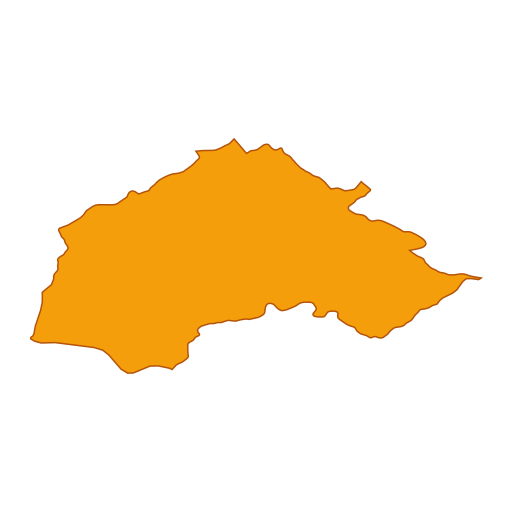 Jablanicki, Robinson projection
{"feature_id": "SRB-843", "entity_name": "Jablanicki", "entity_type": "District", "adm_level": 1, "iso_a3": "SRB", "parent_name": "Republic of Serbia", "parent_adm1": "", "projection": "robinson", "projection_center": [22.002, 42.918], "detail": "fine", "context": "isolated", "style": "filled", "palette": "amber", "viewbox_px": 512, "rotation_deg": 0, "n_neighbors": 0, "source": "natural_earth", "source_scale": "10m", "svg_char_len": 6062}
<svg xmlns="http://www.w3.org/2000/svg" viewBox="0 0 512 512"><path d="M481.3,278.0L481.2,278.1L478.5,279.6L471.6,278.6L466.3,278.7L462.9,281.4L456.8,289.9L452.8,293.0L443.0,297.8L439.6,300.6L437.2,304.0L432.9,305.4L432.0,305.8L429.8,307.2L428.1,308.0L425.4,308.8L421.1,309.4L420.4,309.6L419.6,310.2L418.0,312.3L415.9,314.3L414.4,316.1L412.3,319.1L411.3,320.2L410.4,320.9L406.2,323.2L404.3,325.0L403.4,325.7L402.2,326.2L401.0,326.6L399.8,326.8L396.1,327.3L394.3,327.9L393.2,328.5L392.2,329.3L390.1,331.1L387.6,334.2L383.5,337.2L382.8,337.6L381.7,337.9L380.4,338.0L379.4,337.8L378.3,337.6L376.5,336.9L375.3,336.6L374.3,336.6L373.6,336.8L371.3,337.7L370.6,337.7L369.9,337.6L369.0,337.2L367.4,336.1L365.9,335.4L361.5,334.1L360.5,333.7L358.7,332.5L357.4,331.4L356.8,330.8L355.3,328.3L354.6,327.5L353.9,327.1L353.1,326.8L350.1,325.9L346.6,324.3L339.5,319.4L338.3,318.2L337.9,317.6L337.7,316.9L337.7,316.2L337.9,313.6L337.7,312.7L337.1,312.0L336.4,311.7L335.6,311.4L334.1,311.2L332.6,311.1L331.0,311.2L329.6,311.4L328.8,311.6L328.1,311.9L327.3,312.6L325.0,315.9L324.2,316.6L323.5,316.8L322.1,317.0L318.2,316.9L316.7,316.7L315.2,316.5L314.4,316.2L313.8,315.8L313.2,315.2L313.0,314.5L313.0,314.1L313.4,313.2L315.7,310.4L316.2,309.4L316.3,308.8L316.2,308.1L315.8,307.2L313.4,303.6L312.7,303.0L312.0,302.6L311.2,302.4L308.5,302.2L304.1,302.2L302.7,302.4L301.3,302.7L299.0,303.7L296.2,305.7L295.4,306.1L292.0,307.6L286.8,309.7L282.9,310.6L281.8,310.6L280.9,310.4L280.1,310.1L279.0,309.5L277.2,308.0L274.1,304.8L273.1,304.1L272.2,303.8L271.4,303.5L270.2,303.4L269.1,303.4L268.3,303.6L267.6,303.9L266.9,304.5L265.9,306.0L265.6,306.7L265.3,307.9L264.8,311.8L264.5,313.0L263.9,314.0L263.0,314.8L260.4,316.4L258.1,317.4L249.3,319.4L246.4,319.0L244.0,319.2L239.7,320.0L236.6,320.9L235.7,321.1L232.9,320.9L229.0,320.4L227.9,320.4L226.4,320.8L222.7,322.1L221.2,322.5L220.2,322.6L218.7,322.5L217.6,322.6L213.5,323.6L212.4,323.6L210.9,323.6L209.9,323.6L209.1,323.8L202.4,325.8L201.5,326.1L200.4,326.8L198.7,328.2L198.1,329.0L197.7,329.8L197.6,330.7L197.8,331.5L198.1,332.1L199.3,333.8L199.5,334.6L199.2,335.3L198.7,335.7L196.4,336.7L195.7,337.1L195.0,337.8L193.8,339.5L193.0,340.3L192.0,341.0L189.5,342.3L188.9,342.8L188.4,343.3L187.9,344.2L187.7,345.3L187.8,348.9L187.9,352.7L188.3,356.3L188.1,357.0L187.8,357.7L186.6,358.8L182.8,361.7L181.6,362.4L178.3,363.8L177.2,364.4L176.0,365.3L172.0,369.6L169.8,368.3L158.3,365.9L150.0,366.1L133.2,373.0L127.6,373.1L121.1,369.2L108.7,354.9L102.8,350.2L94.0,347.5L55.1,342.6L41.1,343.0L34.6,341.2L30.7,338.8L30.9,337.4L32.8,336.0L34.0,333.6L35.3,326.2L40.6,310.3L42.3,302.3L42.3,292.3L51.6,284.5L51.8,283.7L53.5,279.5L53.7,278.4L53.7,275.9L53.9,275.0L54.6,273.9L57.3,270.7L57.9,269.6L58.0,268.7L57.7,266.9L57.7,265.9L58.2,263.0L58.1,262.1L57.7,260.2L57.7,259.6L57.9,258.9L58.5,258.1L59.6,257.1L60.9,256.2L62.7,255.3L63.3,254.8L63.9,254.3L64.8,252.7L65.5,251.8L67.5,249.6L67.8,249.0L68.0,248.1L67.9,247.2L67.5,246.2L65.5,243.3L65.1,242.4L64.3,239.8L63.9,239.1L62.1,237.4L61.5,236.6L60.3,233.7L59.1,231.3L58.7,230.3L58.7,229.6L58.9,229.0L59.3,228.5L60.0,228.1L65.0,226.2L68.4,224.9L78.6,218.9L80.6,217.6L82.8,215.6L83.7,214.6L85.8,211.5L86.6,210.7L87.6,209.9L91.7,207.1L92.6,206.5L94.4,205.7L95.9,205.1L97.4,204.9L99.0,204.7L111.9,204.8L113.4,204.7L115.0,204.5L116.8,203.9L117.9,203.3L121.3,200.8L124.7,198.6L126.1,197.6L126.7,197.1L127.2,196.4L128.4,193.7L128.8,193.0L129.3,192.4L129.9,191.9L131.3,191.2L131.9,191.0L133.0,191.0L133.7,191.1L135.3,191.8L137.9,193.5L138.5,193.8L139.0,193.8L139.7,193.7L140.4,193.5L142.0,192.8L145.1,191.7L148.7,190.7L149.3,189.7L150.6,188.0L152.3,186.5L154.6,184.7L157.0,182.1L158.6,180.7L159.6,179.9L164.2,177.3L168.6,175.3L171.2,174.4L173.3,173.9L177.1,173.4L178.5,173.2L182.8,171.9L184.0,171.2L191.4,165.8L194.1,163.4L196.5,160.8L199.1,158.4L199.5,157.5L199.4,156.9L199.1,156.1L198.0,154.2L195.9,151.2L202.3,150.6L205.4,150.5L212.7,150.4L215.5,150.1L218.1,149.1L220.8,148.0L223.9,146.3L229.5,143.6L234.1,138.9L246.5,153.4L250.8,150.8L253.8,150.4L255.3,150.2L256.7,149.7L257.9,149.2L258.9,148.5L263.1,145.4L264.1,144.8L265.9,144.3L267.0,144.3L267.7,144.4L268.4,144.6L269.2,145.3L270.9,147.4L271.5,148.0L273.1,149.1L274.0,149.6L275.0,149.9L276.1,150.0L276.9,149.8L277.7,149.6L279.6,148.4L280.5,148.1L281.2,148.1L281.7,148.3L282.1,148.9L283.1,151.5L284.0,152.7L284.8,153.6L285.9,154.3L288.6,155.6L289.5,156.2L290.3,156.9L291.1,157.6L292.5,159.5L294.4,161.5L296.4,163.9L299.9,167.3L300.8,168.1L303.3,169.6L305.3,171.0L306.1,171.5L308.8,172.6L309.6,173.1L311.6,174.6L312.9,175.5L314.7,176.2L317.9,177.1L318.8,177.4L319.9,178.1L322.0,179.7L324.1,181.5L325.1,182.5L328.6,186.6L330.8,188.9L333.1,188.7L336.0,188.2L337.2,188.1L338.5,188.3L341.2,189.2L343.2,190.2L344.2,190.6L345.3,190.8L346.5,190.7L352.9,189.7L353.8,189.4L354.7,189.0L355.7,188.2L358.2,185.3L361.2,181.6L363.7,183.9L366.1,185.7L370.0,189.0L370.5,189.7L370.5,190.0L370.3,190.5L369.9,191.0L367.2,193.2L365.5,195.3L364.6,196.0L363.9,196.4L360.9,197.2L359.9,197.7L357.4,199.1L356.7,199.5L355.9,200.3L355.0,201.5L354.2,202.4L349.0,206.2L348.5,207.0L348.3,207.9L348.4,208.8L348.9,209.7L349.7,210.5L353.9,213.1L354.9,213.6L356.8,214.2L361.5,214.8L362.9,215.1L364.4,215.8L365.5,216.4L366.4,217.2L368.1,219.2L369.5,220.2L370.5,220.7L371.6,221.1L372.6,221.1L376.4,220.4L377.9,220.3L379.4,220.4L380.9,220.6L382.5,221.1L386.1,222.6L393.8,226.1L396.7,227.7L400.1,229.4L402.2,231.0L403.2,231.5L404.3,231.8L408.0,231.7L409.2,231.8L410.4,232.0L411.4,232.4L416.1,234.6L421.4,237.8L423.4,239.4L424.5,240.5L425.6,242.4L425.9,243.3L425.8,244.2L425.4,245.1L424.7,245.9L423.7,246.7L422.7,247.3L420.8,248.0L416.4,249.1L409.6,250.4L412.5,252.8L416.6,255.5L417.6,256.1L418.9,256.7L421.3,257.6L422.7,258.4L423.3,258.8L423.9,259.6L425.2,262.3L425.8,263.1L427.8,264.8L429.2,266.5L430.7,267.7L432.8,268.8L435.5,269.9L438.4,271.7L440.0,272.4L443.6,273.0L444.8,273.3L447.8,274.5L449.2,274.8L450.6,274.9L453.5,274.9L455.0,274.8L459.5,274.0L462.5,273.9L464.1,274.1L465.6,274.4L468.6,275.5L470.0,275.9L472.9,276.6L481.3,278.0Z" fill="#f59e0b" stroke="#b45309" stroke-width="1.5"/></svg>